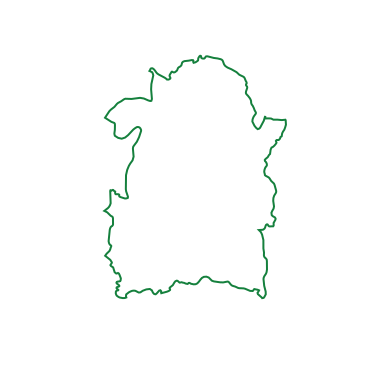 the border of Uttarakhand, rotated 60°
{"feature_id": "IND-3254", "entity_name": "Uttarakhand", "entity_type": "State", "adm_level": 1, "iso_a3": "IND", "parent_name": "India", "parent_adm1": "", "projection": "mercator", "projection_center": [79.21, 30.097], "detail": "fine", "context": "isolated", "style": "outline", "palette": "green", "viewbox_px": 384, "rotation_deg": 60, "n_neighbors": 0, "source": "natural_earth", "source_scale": "10m", "svg_char_len": 5728}
<svg xmlns="http://www.w3.org/2000/svg" viewBox="0 0 384 384"><g transform="rotate(60 192 192)"><path d="M261.1,152.4L263.9,152.6L269.3,154.2L276.6,158.4L280.4,159.9L282.8,161.4L284.1,161.8L285.5,161.6L286.6,161.2L287.8,161.1L289.3,161.7L296.6,165.8L298.7,167.5L299.7,168.7L301.1,171.5L302.0,172.7L303.1,173.6L309.4,176.4L315.1,178.0L317.5,179.3L319.0,181.7L319.5,182.9L319.0,184.3L318.4,184.3L313.4,186.0L312.1,185.7L311.4,184.2L310.7,183.1L309.5,184.0L308.2,185.5L307.2,186.6L308.1,188.9L306.7,191.1L302.2,194.5L301.2,195.6L298.9,199.2L298.2,200.0L295.6,201.8L293.6,203.7L292.7,204.3L291.3,204.7L288.6,205.1L287.5,205.7L286.9,207.2L285.9,210.2L284.2,212.9L280.4,217.7L278.8,219.1L274.4,220.3L272.5,221.9L271.4,224.2L271.4,226.4L272.1,228.5L273.1,230.8L273.8,233.1L273.7,234.9L272.8,236.7L271.1,238.6L270.7,238.9L269.8,239.4L269.4,239.7L269.1,240.3L269.2,240.8L269.4,241.3L269.4,241.8L268.8,242.5L268.2,243.2L266.7,244.3L266.0,245.2L265.4,245.7L264.9,246.2L264.6,247.3L264.2,248.1L262.0,248.8L261.2,249.4L261.0,251.0L261.5,252.4L263.1,255.2L263.6,258.6L264.0,259.5L264.7,259.6L265.3,259.6L265.9,260.0L266.1,261.6L265.8,263.6L264.3,269.2L263.5,269.0L262.6,268.3L261.3,268.5L261.0,269.7L262.2,273.3L262.4,274.6L261.5,275.7L260.0,276.1L258.5,276.1L257.2,275.9L254.9,277.0L253.5,280.3L252.9,284.0L253.1,286.8L252.5,288.3L251.4,289.1L250.2,289.8L249.0,290.7L248.1,292.1L247.6,293.5L247.4,295.1L247.3,296.8L247.8,300.2L249.2,301.3L250.5,301.6L250.3,302.9L249.9,303.9L249.2,305.1L247.2,307.4L246.2,308.1L245.1,308.6L244.1,309.0L243.0,309.0L241.7,308.7L240.3,307.8L239.8,306.9L239.9,306.0L240.2,305.3L240.0,304.8L239.1,305.0L238.2,305.4L237.4,305.4L236.9,304.8L237.0,303.9L237.3,302.9L237.2,302.1L236.7,301.8L235.7,302.0L233.6,302.9L232.8,302.8L232.3,302.1L232.4,301.3L233.1,299.5L233.3,298.7L232.6,297.8L231.2,296.8L227.6,296.2L226.1,296.1L225.1,296.6L225.1,297.1L225.0,297.7L224.7,298.4L222.8,299.1L217.9,298.0L216.3,298.8L215.4,299.2L214.5,299.2L214.0,298.3L213.6,297.3L212.9,296.6L209.9,296.7L203.8,299.1L202.8,296.9L201.8,293.0L201.3,292.2L200.7,291.4L199.5,290.2L199.0,289.5L198.4,288.9L197.7,288.9L197.0,289.3L196.2,289.5L194.7,289.4L192.9,288.8L183.6,282.1L182.4,280.9L181.7,279.8L181.5,279.0L181.5,278.1L181.2,277.3L180.6,276.6L175.1,273.5L174.1,273.3L173.6,273.3L171.9,274.3L167.2,275.6L164.5,277.4L163.9,272.9L163.4,271.3L162.4,269.6L161.1,268.1L150.2,262.3L149.7,261.7L149.8,261.5L150.6,261.1L150.6,260.5L150.5,260.0L150.6,259.5L150.9,259.2L152.3,258.9L152.8,258.5L153.2,258.3L153.6,258.6L154.3,259.0L155.2,259.3L155.8,259.1L156.8,257.3L157.3,256.7L157.9,256.4L158.4,256.6L158.9,257.0L159.6,257.1L160.5,256.6L164.0,253.4L164.6,252.4L164.9,251.3L165.0,250.5L164.0,249.8L158.5,248.7L156.5,247.9L144.4,240.7L140.4,237.0L137.8,233.6L136.5,231.3L134.9,227.7L132.2,224.9L124.9,221.5L123.5,220.4L122.9,219.3L120.9,214.6L118.0,210.4L113.7,205.6L112.9,205.1L112.2,205.0L111.1,204.9L109.9,205.2L109.2,205.7L108.6,206.4L108.2,207.5L108.3,209.7L108.6,211.7L110.8,218.9L111.4,222.7L110.7,226.2L108.2,228.9L104.7,230.7L103.0,230.2L102.4,229.9L99.7,227.8L95.4,225.2L94.2,224.7L93.3,224.8L91.0,226.7L84.2,230.2L80.7,223.2L80.1,221.0L79.5,216.6L78.2,213.1L77.9,211.6L78.0,208.0L77.7,204.6L77.9,203.1L81.2,197.8L84.5,189.9L87.0,186.9L90.8,184.1L92.3,182.7L92.7,181.6L91.4,180.2L82.7,176.1L78.2,173.2L71.6,167.2L69.7,166.7L68.4,166.6L65.9,168.3L65.7,167.8L64.6,166.3L64.5,165.5L65.2,164.3L66.9,163.6L68.8,163.3L70.3,163.2L71.9,162.9L73.6,162.1L79.5,158.4L81.3,157.6L82.0,157.5L82.8,156.4L83.0,155.5L83.0,154.7L82.9,154.2L82.5,153.7L81.8,153.6L80.7,153.5L79.9,153.2L79.3,152.5L77.7,149.5L77.8,149.1L79.2,148.2L79.6,147.4L79.7,146.6L79.3,144.3L78.9,143.7L77.7,142.2L77.4,141.2L77.4,139.3L77.0,137.9L75.0,135.8L74.7,134.6L74.9,133.1L76.6,129.2L77.6,126.3L78.3,125.2L78.9,125.1L79.6,125.7L79.9,125.9L80.9,126.0L81.4,124.1L81.3,122.0L81.1,121.0L80.5,120.5L79.8,120.1L79.1,119.4L78.2,117.7L78.1,116.8L78.6,116.3L79.3,116.4L80.1,116.8L80.7,116.8L81.4,116.4L82.0,115.7L82.5,114.7L82.4,113.9L81.6,112.3L81.8,111.5L82.3,110.7L86.8,106.1L89.1,103.1L91.4,100.7L92.3,100.1L93.2,99.8L94.0,99.8L97.4,100.4L98.8,100.3L99.7,100.1L102.0,99.0L105.4,96.5L110.5,93.5L114.1,92.4L117.8,89.9L118.8,89.5L119.9,89.5L122.6,89.9L124.1,89.9L124.8,90.1L125.4,90.5L125.7,91.3L126.5,91.8L127.2,91.8L128.2,91.6L128.9,91.8L129.6,92.3L131.9,94.9L133.1,95.8L133.9,96.0L135.2,95.8L136.8,95.4L139.9,95.0L141.6,95.1L142.9,95.4L143.7,95.9L145.1,96.4L146.2,96.5L147.7,96.3L150.3,96.5L152.6,96.9L154.5,96.9L155.5,97.1L156.1,97.7L157.5,100.8L158.6,102.3L159.5,103.3L161.2,104.5L165.9,104.8L167.0,104.6L168.1,104.5L170.4,103.7L170.7,102.3L170.4,100.9L168.2,97.4L166.2,94.2L163.9,91.8L163.3,91.2L162.9,90.6L165.0,91.7L166.5,88.9L167.9,86.8L170.1,85.3L172.1,81.8L174.6,78.3L176.1,75.0L176.7,75.0L180.7,77.0L182.6,79.0L184.2,80.9L185.2,83.0L186.3,84.6L188.6,86.5L188.7,88.0L189.8,89.1L190.3,90.9L189.3,92.8L189.7,93.8L191.6,94.2L192.3,95.5L193.0,97.4L193.4,99.2L193.3,100.9L194.6,102.7L198.1,105.4L198.5,106.9L199.3,108.3L199.7,109.0L200.2,111.9L200.7,113.0L201.7,113.3L202.9,113.0L204.0,113.0L205.2,113.2L206.3,113.8L206.6,114.2L206.8,114.6L207.0,115.0L207.1,115.5L207.8,116.7L208.9,118.0L210.2,119.1L211.3,119.6L212.9,120.0L213.8,120.4L214.6,120.2L217.7,118.3L219.0,118.0L222.0,117.9L225.7,116.8L227.3,117.0L232.7,118.4L234.0,119.0L234.9,120.1L236.2,122.6L237.9,124.5L238.8,125.1L239.1,125.3L240.3,126.1L245.5,128.2L247.2,129.7L248.4,131.8L249.7,133.6L251.9,134.5L253.2,134.2L255.5,132.9L256.8,132.9L257.7,133.6L259.6,136.8L261.8,138.0L262.3,138.8L260.5,142.2L259.9,142.6L259.3,142.7L258.6,142.7L257.9,142.8L257.5,143.2L257.5,144.2L258.2,145.3L259.2,146.3L259.9,147.4L260.2,149.0L259.8,150.3L259.1,151.6L258.4,153.1L261.1,152.4Z" fill="none" stroke="#15803d" stroke-width="2"/></g></svg>